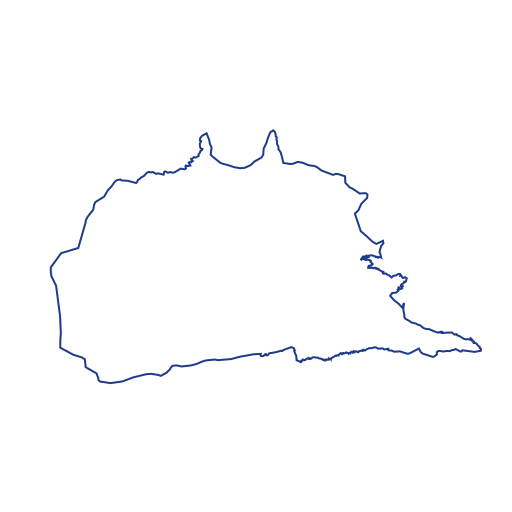 outline of Rutshuru, Nord-Kivu, Democratic Republic of the Congo, rotated 81°
{"feature_id": "63176286B25642850349509", "entity_name": "Rutshuru", "entity_type": "district", "adm_level": 2, "iso_a3": "COD", "parent_name": "Democratic Republic of the Congo", "parent_adm1": "Nord-Kivu", "projection": "natural_earth1", "projection_center": [29.515, -0.961], "detail": "fine", "context": "isolated", "style": "outline", "palette": "blue", "viewbox_px": 512, "rotation_deg": 81, "n_neighbors": 0, "source": "geoboundaries", "source_scale": "gbopen_adm2", "svg_char_len": 6108}
<svg xmlns="http://www.w3.org/2000/svg" viewBox="0 0 512 512"><g transform="rotate(81 256 256)"><path d="M169.6,200.0L170.7,205.2L170.5,207.7L168.4,214.4L160.8,215.0L157.2,215.5L154.1,217.1L151.6,216.8L148.5,217.7L145.9,217.2L144.2,217.7L142.2,216.9L140.8,217.8L139.4,217.5L136.4,217.9L134.6,219.3L136.1,222.5L140.8,225.5L146.1,228.1L151.0,231.6L157.1,233.0L159.7,235.3L162.4,242.7L165.4,247.0L167.2,253.7L166.8,257.9L164.9,263.6L162.0,269.1L159.8,274.2L158.1,276.9L151.3,283.1L148.9,284.9L141.8,282.9L138.0,284.0L133.9,284.1L127.1,285.6L128.8,290.4L131.0,292.8L133.1,293.3L133.9,292.2L136.3,293.9L139.2,294.2L140.9,293.9L141.9,292.1L142.9,292.7L143.6,294.5L145.4,295.4L146.4,296.7L148.3,297.1L149.4,300.5L148.6,301.8L150.0,303.8L149.9,304.8L151.2,304.8L152.3,303.6L153.4,305.6L152.8,307.1L153.5,307.9L156.4,306.7L156.5,310.0L155.7,311.2L156.5,311.7L158.6,311.5L159.2,313.0L157.9,316.7L160.7,323.5L160.7,325.3L159.7,327.6L160.0,329.9L158.2,332.6L158.7,333.6L161.2,334.5L159.0,340.0L159.3,341.7L156.9,344.8L157.0,346.9L156.2,348.7L156.6,350.6L159.3,354.0L160.7,357.6L161.9,359.1L162.2,360.5L164.7,362.2L165.1,363.1L161.6,371.0L160.4,376.8L159.2,378.0L159.3,381.5L160.8,384.1L164.9,388.1L167.7,391.8L173.6,396.7L177.6,406.2L180.1,407.9L184.8,409.5L190.9,416.1L194.2,418.6L195.9,418.9L220.3,430.3L222.7,448.0L235.2,460.5L239.9,461.2L244.1,461.2L254.0,458.1L284.5,458.9L301.6,460.8L307.4,462.2L315.9,463.7L324.9,452.0L328.9,443.9L331.3,441.2L339.2,441.6L347.0,431.9L351.9,430.9L354.2,430.9L355.9,429.3L355.9,428.5L358.8,419.6L359.0,407.7L356.7,396.3L355.6,383.2L355.8,379.7L356.0,378.0L358.2,371.1L359.5,368.8L357.2,362.3L356.0,361.1L355.5,359.9L351.8,356.4L351.4,355.5L351.6,351.7L353.5,346.6L353.9,337.1L353.3,331.5L351.9,325.9L351.3,322.1L351.8,312.9L352.9,310.0L353.9,296.7L353.0,288.0L352.7,273.8L353.4,266.6L354.7,267.1L355.5,266.7L355.9,265.9L355.9,264.1L354.5,262.4L354.4,261.5L355.6,261.4L355.9,260.3L355.7,259.6L354.2,258.2L354.1,250.9L353.5,246.5L354.0,245.0L353.6,244.8L353.1,243.5L351.5,235.3L353.2,232.8L355.1,233.0L355.4,232.4L356.3,233.1L360.9,231.9L365.4,232.2L365.7,231.4L367.2,229.2L367.8,228.8L367.9,228.2L367.2,227.5L366.7,227.8L366.4,227.5L366.6,227.0L366.3,226.8L366.4,226.0L365.7,225.7L366.5,224.5L366.3,224.2L366.5,223.7L365.7,222.6L365.5,222.0L365.8,221.5L365.5,221.7L365.4,220.7L365.0,220.4L366.1,219.8L366.1,219.2L365.5,218.6L366.1,218.2L365.8,217.1L365.1,216.2L364.9,215.2L366.3,210.4L367.0,209.8L367.5,208.0L367.9,207.6L368.4,206.2L369.1,206.1L369.5,205.4L369.1,204.1L369.6,203.5L369.9,203.6L369.6,202.2L369.3,202.3L369.3,201.2L369.8,200.7L369.8,200.2L369.4,199.7L369.0,199.7L369.4,199.3L369.4,198.9L369.1,199.1L369.0,198.2L369.3,198.1L368.9,198.0L366.8,192.7L367.2,192.4L366.7,191.1L367.2,190.1L366.7,189.9L365.2,187.6L365.4,186.9L365.9,186.6L365.9,186.9L366.5,186.3L366.0,185.3L365.7,185.3L365.7,185.9L365.5,185.7L365.5,185.0L365.9,184.9L366.0,183.9L365.4,182.2L365.6,182.2L365.7,181.5L366.2,181.3L366.4,180.0L366.8,179.8L366.4,179.5L366.3,178.7L366.8,178.3L366.2,178.0L366.3,177.2L365.9,176.4L366.4,175.9L366.2,175.8L366.3,175.4L365.8,175.7L366.3,174.1L365.6,174.1L366.0,173.5L365.7,173.4L365.8,172.1L366.2,171.3L366.7,170.9L366.4,170.1L366.9,169.9L366.2,168.9L366.0,166.6L366.2,166.2L365.8,166.1L365.6,165.3L366.2,165.5L366.3,165.2L366.2,163.8L365.9,163.3L366.2,162.8L365.9,162.6L364.8,159.0L365.1,156.0L364.7,153.2L365.4,151.3L366.7,149.8L367.1,145.2L368.4,143.9L368.3,139.9L369.5,140.2L370.0,139.6L370.6,137.0L372.2,134.3L372.7,128.8L376.2,121.9L376.3,119.9L372.9,109.6L376.8,108.2L378.5,106.6L383.2,97.4L383.2,95.8L381.5,92.7L379.3,92.5L378.4,90.9L378.5,89.3L379.7,85.7L379.6,82.6L380.3,79.2L379.5,77.1L379.8,75.6L379.1,73.4L382.4,69.0L382.4,67.9L381.4,66.9L384.9,55.2L384.8,48.8L383.2,48.3L382.2,49.3L381.1,49.1L379.7,50.4L376.8,52.1L376.4,52.7L375.9,54.7L375.5,54.8L375.2,54.2L374.7,54.1L374.1,55.0L373.4,55.2L373.3,56.0L372.7,55.9L372.3,56.5L371.7,56.1L370.7,56.9L371.6,58.0L372.1,57.7L371.5,59.2L371.1,61.8L370.3,63.7L366.7,67.9L365.8,69.8L364.8,69.9L364.5,70.7L364.8,71.7L364.7,72.2L362.2,74.6L361.3,81.7L361.4,83.5L360.4,86.0L360.0,85.4L360.2,83.8L359.9,84.0L359.7,86.0L360.2,87.5L359.5,89.8L355.4,96.4L354.6,99.5L353.4,101.8L350.2,104.7L348.7,107.6L347.9,108.4L345.8,113.1L344.5,114.3L341.3,118.3L339.6,119.1L337.8,118.7L332.8,118.9L330.3,118.5L326.4,117.3L326.2,117.6L326.5,117.9L329.5,119.0L329.9,119.6L326.1,122.1L320.5,127.1L318.6,128.2L316.9,129.5L316.1,129.6L315.6,129.3L315.0,128.1L314.2,127.8L313.8,127.2L314.1,123.5L312.7,120.9L312.1,120.5L311.4,121.2L311.0,120.5L309.3,120.2L309.5,119.6L311.1,118.9L311.2,117.7L310.8,116.7L309.7,116.7L309.0,115.8L308.5,115.9L308.2,116.3L308.5,116.9L308.6,117.7L308.1,117.7L306.7,116.7L306.1,114.7L304.6,113.6L305.0,112.9L304.6,112.5L304.6,111.9L301.6,110.6L300.2,112.2L300.8,113.7L300.7,114.3L300.1,114.9L298.1,115.5L298.1,116.6L297.3,116.1L296.5,116.3L296.0,117.3L296.1,118.4L297.1,120.9L297.1,123.3L298.4,125.5L296.2,127.3L294.5,129.8L293.7,130.3L293.5,132.4L293.2,133.2L292.7,133.3L291.9,132.6L291.5,132.7L291.0,134.2L289.2,136.1L288.6,137.3L287.8,137.1L287.3,138.3L287.5,139.2L286.4,139.4L286.1,140.3L286.6,141.5L285.8,143.3L285.4,143.7L285.7,145.2L285.2,147.1L284.8,147.1L284.3,146.3L283.7,146.5L283.4,146.2L283.3,144.3L282.5,142.1L281.9,142.1L279.5,144.0L278.7,143.4L278.3,143.5L277.4,145.3L276.9,148.6L275.9,150.0L275.7,151.4L276.2,152.5L275.8,152.8L274.6,151.8L274.7,150.9L273.6,150.8L273.2,150.4L273.8,148.2L274.2,148.2L274.5,149.0L275.0,149.2L275.8,147.7L275.6,147.4L275.0,147.7L274.7,147.4L274.7,144.8L274.2,144.7L274.3,146.1L273.7,146.5L273.4,147.6L273.1,147.5L272.9,146.8L273.3,145.5L273.4,141.5L274.9,138.5L275.8,138.2L275.9,137.3L276.6,136.1L275.9,136.0L276.4,135.1L276.5,133.2L277.1,132.6L272.9,132.9L271.7,133.5L265.8,131.0L263.4,128.2L260.9,128.2L262.9,135.3L260.0,138.8L253.4,143.9L248.0,148.6L229.6,151.7L226.9,147.8L220.9,143.8L216.0,137.1L212.8,136.3L211.3,137.5L210.9,139.1L210.5,143.8L204.6,150.1L202.8,152.8L197.7,156.3L191.2,155.6L188.0,161.9L187.4,164.3L187.9,167.3L181.7,178.1L177.8,181.8L176.3,184.2L174.6,189.8L171.3,195.1L169.6,200.0Z" fill="none" stroke="#1e3a8a" stroke-width="2"/></g></svg>